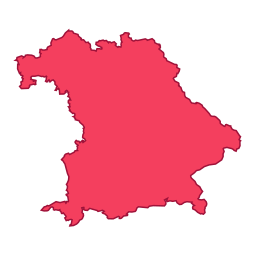 the border of Bayern
{"feature_id": "DEU-1591", "entity_name": "Bayern", "entity_type": "State", "adm_level": 1, "iso_a3": "DEU", "parent_name": "Germany", "parent_adm1": "", "projection": "natural_earth1", "projection_center": [10.676, 48.917], "detail": "fine", "context": "isolated", "style": "filled", "palette": "rose", "viewbox_px": 256, "rotation_deg": 0, "n_neighbors": 0, "source": "natural_earth", "source_scale": "10m", "svg_char_len": 5622}
<svg xmlns="http://www.w3.org/2000/svg" viewBox="0 0 256 256"><path d="M159.9,44.8L158.8,44.8L160.2,46.2L160.4,47.0L160.3,47.8L159.0,49.0L163.4,52.6L163.9,54.2L163.6,56.4L164.0,57.3L166.1,58.6L166.8,60.7L174.6,64.4L176.3,64.5L177.1,65.2L176.8,67.5L179.7,69.0L179.2,71.1L177.8,73.6L176.9,73.4L176.4,76.4L173.8,77.7L173.3,78.6L175.0,81.2L178.5,82.9L178.9,83.6L178.6,85.1L179.1,85.3L178.8,85.9L180.9,87.4L181.7,90.0L182.6,91.7L184.5,92.4L184.7,95.4L185.5,97.2L189.5,99.5L191.0,102.3L191.8,103.0L195.5,103.6L196.3,103.5L196.1,102.7L196.7,102.5L199.3,103.3L202.1,105.2L202.7,106.8L204.8,108.6L209.2,113.5L210.6,115.7L211.9,116.3L214.7,116.4L216.2,117.2L219.6,120.4L220.2,121.5L220.2,123.1L220.9,124.0L223.7,126.0L224.8,126.4L225.7,124.7L226.4,124.5L229.9,126.0L230.7,125.9L230.9,127.0L232.1,129.1L233.8,130.1L236.2,130.6L239.6,135.8L240.5,136.6L239.1,139.7L240.6,140.8L240.0,141.3L239.9,142.0L240.0,145.8L238.8,148.4L236.9,148.9L236.1,151.2L234.1,150.4L233.3,149.4L231.8,148.6L226.9,147.4L223.8,148.1L223.2,148.8L224.1,151.5L223.1,153.8L223.1,156.6L221.7,159.8L215.6,164.0L209.1,164.9L204.3,166.6L199.7,169.8L196.4,170.6L194.5,172.7L190.7,175.5L190.8,177.1L191.7,178.4L195.0,181.4L196.5,184.5L199.8,186.8L201.4,189.9L202.6,191.4L199.6,195.6L199.2,197.2L198.0,198.8L198.8,199.5L201.4,199.9L204.1,199.4L206.2,201.8L206.7,203.4L206.6,204.9L205.9,206.3L205.0,207.2L205.1,208.5L204.5,209.7L205.0,212.6L203.4,214.2L201.8,213.6L200.6,213.9L197.7,212.3L195.2,210.0L192.8,208.9L192.6,207.4L193.1,206.0L194.4,205.5L191.5,203.2L192.0,202.2L186.9,201.7L184.3,202.4L181.5,204.3L179.5,204.5L177.1,202.8L176.1,200.7L172.7,201.3L170.0,200.8L167.4,201.5L166.7,200.5L167.5,198.3L164.5,199.9L165.8,201.9L165.9,203.5L165.7,204.4L164.4,205.9L153.2,205.6L149.3,206.2L147.8,207.7L138.4,206.8L136.9,208.0L136.0,210.5L135.2,211.4L131.9,212.0L128.7,211.8L126.5,214.0L127.5,214.4L127.7,214.9L127.3,215.5L123.6,216.0L121.5,218.1L120.4,218.5L119.3,218.4L119.4,216.8L118.4,216.4L113.2,218.8L108.3,218.7L107.2,217.6L107.5,216.9L107.4,216.2L105.0,214.0L102.6,213.1L102.3,212.6L104.2,211.3L102.6,210.3L98.0,211.4L97.1,210.5L89.7,208.4L87.5,210.4L85.0,210.2L83.6,209.4L84.0,208.0L83.8,207.4L82.5,207.6L81.8,207.8L82.5,209.7L82.0,212.6L83.3,213.8L83.5,215.8L82.4,218.4L81.6,219.3L79.7,220.1L78.4,222.3L76.6,224.0L73.5,225.5L69.8,225.9L70.2,224.7L71.2,224.3L72.1,219.8L71.2,219.4L69.2,219.7L68.4,220.4L67.5,220.1L66.2,220.6L64.8,217.9L65.8,217.2L66.1,216.5L65.7,215.8L63.3,212.9L62.0,213.6L61.5,213.3L61.0,211.8L59.9,210.7L59.8,209.7L58.5,210.3L55.7,209.7L54.5,210.1L53.5,209.7L53.3,207.6L52.1,206.9L50.7,207.3L48.4,210.3L47.1,210.8L44.1,210.9L41.3,210.2L44.2,206.9L46.1,206.4L47.3,205.5L48.9,205.9L56.0,201.7L60.1,202.6L64.8,201.4L65.9,203.2L66.3,202.7L66.5,201.5L68.3,201.6L68.5,200.8L67.8,196.5L66.1,194.8L66.4,194.2L67.5,194.1L68.4,193.3L67.2,190.7L66.4,190.3L67.3,188.4L67.5,186.2L66.4,184.3L67.1,183.5L68.5,180.2L68.9,176.7L67.5,173.5L65.0,164.1L62.6,160.3L62.0,160.2L61.5,159.6L64.5,156.3L64.4,155.5L65.5,154.2L68.5,153.2L69.6,154.5L74.2,152.2L75.0,150.8L77.4,150.5L77.0,150.1L77.6,147.7L77.0,146.2L78.1,145.5L78.0,145.1L75.9,143.7L75.1,142.4L75.2,141.6L76.2,140.4L77.4,141.2L78.9,141.2L79.9,142.7L82.6,140.3L83.2,140.6L82.7,141.9L83.0,142.5L85.6,140.6L84.5,138.6L83.1,138.1L82.6,137.2L83.0,134.6L83.9,132.8L83.4,131.7L83.8,128.7L83.3,128.3L84.3,127.8L84.3,127.4L83.0,125.1L79.9,122.4L79.2,120.8L75.3,119.7L75.5,118.8L74.6,118.0L74.7,117.3L73.3,116.6L74.4,116.2L74.9,115.2L74.8,113.9L73.8,113.2L72.8,113.5L69.5,110.6L70.1,110.1L69.4,109.1L69.3,107.9L68.5,106.8L70.0,106.7L69.4,104.9L69.8,103.9L68.3,102.8L68.3,100.8L69.1,99.9L70.6,100.0L69.2,97.0L67.9,96.5L68.8,94.7L68.2,93.5L68.6,92.3L67.2,91.9L67.4,90.9L66.6,90.4L65.3,91.4L65.7,92.5L63.9,94.0L59.7,94.1L59.4,90.0L58.6,89.3L58.9,88.8L58.6,88.3L56.8,89.4L56.3,90.4L55.2,90.2L56.1,89.0L56.2,88.0L57.2,86.4L55.0,84.2L54.9,81.8L53.2,79.9L51.7,80.4L50.0,81.9L49.0,79.9L47.9,80.8L47.7,81.7L46.6,81.9L45.5,81.2L46.3,79.5L46.3,77.3L46.7,76.7L46.4,76.2L44.2,77.0L43.0,76.3L41.6,76.5L38.2,75.5L34.9,76.2L32.1,76.2L30.8,77.3L31.2,78.2L30.8,79.3L33.3,79.9L33.4,81.3L34.1,81.2L34.7,80.1L36.0,80.5L35.5,83.3L35.9,84.1L35.0,84.7L33.7,84.1L29.9,85.1L29.5,85.5L29.7,86.5L28.3,88.3L21.4,88.6L19.6,86.4L21.4,84.7L20.9,82.0L22.5,81.3L22.5,80.1L23.2,78.6L22.0,78.0L21.9,77.5L22.9,76.0L22.5,75.5L20.9,75.2L20.5,74.4L20.6,72.7L19.5,73.4L17.6,68.9L17.7,64.3L18.9,64.5L17.6,60.7L15.4,60.3L16.7,59.5L17.0,57.5L21.6,55.9L23.6,56.8L23.4,57.6L25.2,56.3L25.4,55.3L27.4,54.9L31.7,55.2L34.0,56.1L35.3,57.9L37.1,58.0L39.9,57.0L40.4,56.5L40.2,54.9L41.0,53.5L39.6,52.8L40.0,51.2L40.0,49.5L41.6,49.4L42.3,50.0L44.2,50.1L47.1,49.5L47.0,48.4L47.7,47.1L51.2,45.3L50.9,42.9L52.6,38.9L53.7,38.6L54.9,39.7L56.3,39.8L61.9,37.5L63.4,36.1L65.4,32.9L68.7,30.1L68.8,31.0L71.9,31.0L72.9,31.7L73.5,33.1L78.0,34.5L78.6,36.3L81.3,38.4L80.9,39.2L81.3,39.9L83.6,39.8L85.9,42.5L88.3,42.2L88.9,43.3L90.1,44.1L90.5,46.1L90.2,47.4L90.9,48.6L91.0,49.7L91.3,50.1L94.6,50.4L96.1,51.1L97.0,48.7L99.7,48.7L101.1,49.1L101.9,48.8L101.7,47.4L100.4,47.0L99.7,46.2L98.4,46.1L95.9,44.4L96.2,42.3L97.8,42.2L99.3,40.6L100.2,40.8L103.2,40.1L104.2,40.8L106.4,40.5L108.5,42.7L108.9,41.9L110.2,42.0L111.3,42.8L114.2,41.8L116.3,43.9L115.3,45.1L115.7,45.6L117.9,47.3L118.6,46.5L120.8,47.1L121.3,45.4L121.0,44.4L121.4,42.5L122.0,42.2L121.0,39.6L121.2,38.1L120.5,35.5L123.6,34.3L124.0,33.4L125.0,32.7L128.7,33.1L129.3,34.0L128.4,34.7L128.5,37.2L130.0,38.1L131.1,38.1L131.5,39.9L133.3,41.0L134.7,40.8L135.4,40.1L137.7,40.5L145.3,38.9L147.1,39.7L147.3,40.3L152.1,38.7L154.4,40.6L154.8,42.7L157.3,44.0L159.6,44.3L159.9,44.8Z" fill="#f43f5e" stroke="#9f1239" stroke-width="1.5"/></svg>